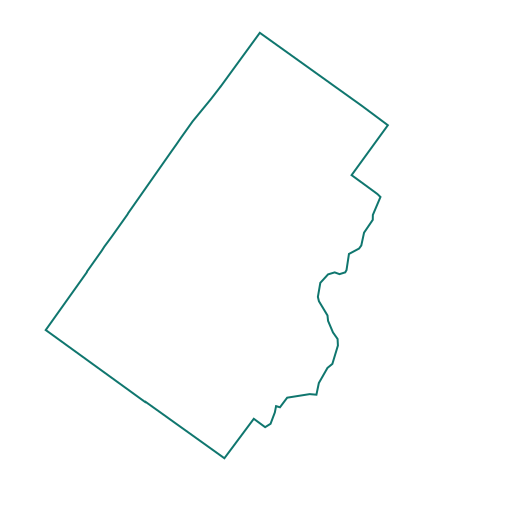 Cassia, Idaho, United States of America, rotated 126°
{"feature_id": "52423323B45878756747567", "entity_name": "Cassia", "entity_type": "district", "adm_level": 2, "iso_a3": "USA", "parent_name": "United States of America", "parent_adm1": "Idaho", "projection": "equal_earth", "projection_center": [-113.644, 42.338], "detail": "fine", "context": "isolated", "style": "outline", "palette": "teal", "viewbox_px": 512, "rotation_deg": 126, "n_neighbors": 0, "source": "geoboundaries", "source_scale": "gbopen_adm2", "svg_char_len": 895}
<svg xmlns="http://www.w3.org/2000/svg" viewBox="0 0 512 512"><g transform="rotate(126 256 256)"><path d="M173.6,182.3L158.1,182.8L154.1,185.6L135.1,190.0L134.5,194.2L134.4,226.2L72.7,226.2L72.3,258.5L73.2,384.1L123.1,384.2L136.2,384.2L140.0,384.2L140.0,384.3L141.9,384.3L155.6,384.7L184.3,386.4L204.7,386.2L212.1,386.0L221.1,385.9L296.5,384.6L297.8,384.4L316.4,384.2L324.7,384.1L326.4,384.1L337.5,384.2L342.5,383.9L368.0,383.6L368.5,383.3L439.5,382.6L439.3,259.7L438.9,259.7L438.2,162.7L389.0,162.1L389.1,148.0L383.2,145.6L371.5,148.8L365.7,151.5L364.3,147.7L352.3,147.5L336.2,131.4L332.7,125.6L321.8,130.5L304.5,132.4L298.4,130.8L280.3,137.1L275.2,141.2L272.6,148.8L266.1,159.6L262.1,163.2L255.6,178.5L252.7,181.9L239.9,188.2L228.5,186.9L223.0,182.7L221.6,177.8L216.8,174.2L214.2,174.5L199.7,182.0L189.4,177.0L185.6,177.0L173.6,182.3Z" fill="none" stroke="#0f766e" stroke-width="2"/></g></svg>